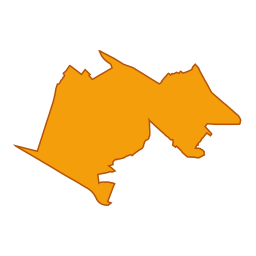 Xaloztoc, Tlaxcala, Mexico
{"feature_id": "50627088B11287751842327", "entity_name": "Xaloztoc", "entity_type": "district", "adm_level": 2, "iso_a3": "MEX", "parent_name": "Mexico", "parent_adm1": "Tlaxcala", "projection": "orthographic", "projection_center": [-98.026, 19.412], "detail": "fine", "context": "isolated", "style": "filled", "palette": "amber", "viewbox_px": 256, "rotation_deg": 0, "n_neighbors": 0, "source": "geoboundaries", "source_scale": "gbopen_adm2", "svg_char_len": 5629}
<svg xmlns="http://www.w3.org/2000/svg" viewBox="0 0 256 256"><path d="M15.4,145.7L15.8,146.1L26.0,152.1L27.7,153.0L29.4,154.0L30.9,154.9L32.9,156.1L34.0,156.7L38.5,159.4L39.3,159.8L41.8,161.4L45.6,163.6L49.7,166.0L52.9,167.9L56.0,169.8L62.5,173.7L65.7,175.6L68.8,177.3L69.0,177.5L71.5,178.9L79.2,183.3L82.0,185.1L84.9,186.8L85.9,187.4L87.1,188.0L88.0,188.6L89.8,189.9L90.5,190.5L91.5,191.4L92.3,192.2L93.0,193.0L93.4,193.5L93.9,194.1L95.3,196.4L95.6,197.0L96.1,197.9L96.4,198.7L97.2,200.1L97.5,200.5L97.8,201.0L98.5,201.8L99.0,202.2L99.6,202.7L100.1,203.1L100.6,203.4L101.4,203.9L101.9,204.1L102.4,204.3L103.1,204.6L104.1,204.8L104.5,204.9L105.2,205.0L105.9,205.1L106.8,205.1L108.1,205.1L108.4,205.1L108.5,204.9L108.6,204.7L108.9,204.5L109.1,204.4L109.6,204.1L109.8,204.0L110.1,203.8L110.3,203.6L110.6,203.3L110.9,203.1L111.0,203.0L111.1,202.9L109.0,202.2L108.2,201.9L107.6,201.6L108.4,199.7L108.7,198.8L109.2,197.8L109.9,195.7L110.8,193.3L112.4,189.1L112.8,188.0L113.5,186.2L113.8,185.5L114.2,184.7L114.6,184.1L114.7,183.8L114.7,183.6L114.2,183.5L113.9,183.4L113.2,183.2L112.9,183.0L112.5,182.9L112.2,183.0L111.9,183.0L111.5,182.8L111.2,182.6L110.8,182.5L110.0,182.6L109.7,182.4L109.3,182.3L108.8,182.2L108.1,182.1L107.4,182.1L107.1,182.0L106.0,182.1L105.5,182.1L104.2,182.1L102.5,182.1L102.1,182.1L101.3,182.2L100.8,182.3L99.2,182.8L98.9,183.1L98.7,181.4L98.5,179.8L98.1,177.1L98.0,175.9L97.9,175.5L97.9,175.1L97.8,174.5L98.8,174.3L99.4,174.2L100.7,173.8L102.0,173.6L103.7,173.3L104.4,173.1L105.0,173.1L106.0,172.9L107.3,172.5L107.8,172.4L108.2,172.3L108.8,172.2L109.0,172.1L109.9,171.5L110.0,171.5L111.8,172.0L112.0,172.1L112.7,171.8L113.3,171.6L115.0,171.0L114.6,170.6L113.4,169.5L112.9,169.1L112.3,168.5L111.2,167.6L110.7,167.3L108.7,165.9L112.5,164.7L113.0,164.6L113.1,164.4L112.9,163.9L112.8,163.4L112.8,163.2L113.0,162.1L113.1,161.8L113.2,161.5L114.5,160.3L116.0,159.2L116.2,159.5L116.4,159.7L118.5,159.1L120.6,158.7L123.0,158.1L123.4,157.9L124.7,157.6L124.8,157.3L125.6,156.7L125.9,156.5L126.6,156.2L127.6,155.8L127.9,155.7L128.5,155.5L129.2,155.2L129.4,155.1L129.6,154.9L130.3,154.8L130.6,154.8L130.8,154.9L131.1,155.0L131.3,155.0L132.0,155.6L132.4,155.5L133.0,154.9L133.5,154.3L134.4,153.6L134.9,153.2L137.5,151.2L137.5,151.3L139.5,149.9L140.2,149.4L140.9,149.1L141.5,148.9L141.7,148.7L141.9,148.5L142.4,148.0L142.8,147.4L143.2,146.6L143.4,146.2L143.5,145.9L143.6,145.5L143.6,145.1L143.6,144.8L144.4,142.8L144.5,142.3L145.1,141.2L145.5,140.7L145.8,140.4L146.1,140.2L146.9,139.9L147.5,139.6L148.2,139.1L148.4,138.9L148.6,138.7L148.9,137.7L149.0,137.3L149.0,137.0L149.1,136.7L149.4,136.2L149.7,135.7L149.8,131.7L149.6,128.3L149.5,124.3L149.4,122.8L149.4,121.6L149.2,120.0L149.8,120.8L154.3,124.9L156.3,126.8L157.7,128.0L157.9,128.3L159.7,129.8L161.3,131.4L161.5,131.4L163.1,132.9L163.4,133.1L164.9,134.5L165.2,135.0L166.6,136.1L167.2,136.6L168.6,137.5L168.8,137.9L170.6,139.8L171.3,139.8L172.8,139.6L173.1,142.3L172.8,144.7L172.7,145.1L175.5,147.2L176.5,146.2L177.2,146.8L177.7,147.3L178.6,148.2L179.4,149.0L180.4,150.0L181.2,150.8L182.0,151.9L182.9,153.0L187.4,156.9L193.6,157.2L198.7,157.9L204.4,154.9L204.4,154.4L204.2,153.9L204.1,153.6L204.0,153.4L204.1,152.8L204.1,152.5L204.2,152.3L204.2,152.1L204.2,151.9L204.1,151.6L203.9,151.3L203.4,151.0L203.2,150.7L203.0,150.4L202.7,150.1L202.4,149.9L202.2,149.8L201.6,149.6L201.4,149.5L201.1,149.3L200.9,149.1L200.7,148.9L200.5,148.7L200.4,148.6L199.8,148.5L199.4,148.5L199.2,148.4L198.4,148.2L198.1,148.2L197.7,148.2L197.1,148.2L196.3,148.3L195.6,148.2L195.4,148.2L195.7,147.4L196.6,145.5L197.1,145.0L197.4,145.2L197.7,145.2L197.9,145.2L198.0,145.2L198.2,144.8L198.1,144.7L197.7,144.1L198.0,143.9L198.7,142.8L199.2,142.4L199.6,142.0L200.0,141.7L200.9,140.7L201.2,140.0L201.2,139.6L201.8,138.9L202.7,137.9L204.8,135.4L206.8,133.0L207.9,133.9L208.5,134.2L210.4,135.7L211.3,134.5L211.7,133.8L205.1,126.6L205.4,126.3L205.6,126.0L207.3,123.7L212.3,124.1L213.8,124.2L214.4,124.3L217.8,124.3L225.9,124.3L235.9,124.3L238.6,124.2L239.4,124.2L239.5,124.1L239.8,123.9L239.9,123.6L240.1,122.9L240.2,122.4L240.5,120.7L240.6,120.4L240.6,120.2L240.3,119.0L239.6,117.7L238.5,115.9L236.8,114.4L233.5,111.5L233.4,111.4L233.3,111.2L230.5,108.9L226.8,105.6L223.0,102.4L219.3,99.2L215.6,96.0L211.6,92.5L209.5,88.8L208.2,86.2L207.1,84.2L204.4,79.5L201.9,74.8L200.0,71.4L198.6,68.1L195.2,64.2L192.7,67.0L191.7,69.8L191.4,69.9L191.1,69.9L188.4,71.2L183.2,73.1L180.6,71.3L178.8,73.4L176.4,72.3L174.0,73.8L172.0,73.6L170.8,75.0L168.6,73.4L167.8,73.9L165.9,76.2L163.7,78.6L161.7,81.2L161.9,81.5L160.6,83.0L159.7,83.7L159.5,83.9L157.0,82.5L148.0,77.0L145.7,75.5L140.2,72.1L137.8,70.7L136.9,70.1L135.7,69.4L133.6,68.0L133.0,67.8L132.5,67.5L131.4,67.1L127.1,65.6L123.9,64.4L122.8,63.9L119.9,62.0L116.9,60.2L115.5,59.3L114.0,58.4L110.7,56.7L109.7,56.2L108.9,55.7L105.2,53.8L102.4,52.4L100.1,51.0L99.6,50.9L99.3,50.9L100.5,53.5L101.7,56.0L101.9,56.2L103.0,57.8L104.3,59.2L105.4,60.3L106.3,61.0L107.2,61.7L110.9,64.4L111.3,65.8L111.8,67.2L111.9,67.3L111.9,67.5L111.9,68.1L111.7,68.1L108.4,70.0L102.5,73.5L99.8,75.0L95.5,77.6L92.4,79.4L89.0,75.7L89.3,75.1L90.1,74.5L85.1,69.6L81.5,74.4L70.8,66.2L69.7,65.6L68.6,67.1L66.6,70.1L65.5,71.4L64.4,72.3L63.6,73.0L63.3,73.3L63.8,74.2L64.0,74.4L64.2,75.0L64.3,75.5L64.4,76.1L64.2,76.5L63.7,76.8L63.3,77.1L63.0,77.6L62.7,78.1L62.6,78.8L61.9,79.5L61.4,79.9L61.1,80.2L60.8,80.6L60.7,81.0L60.5,81.4L60.3,81.9L59.8,82.7L59.5,83.3L59.1,83.7L58.7,84.0L58.2,84.1L57.7,84.0L57.4,84.1L55.8,89.2L55.0,94.3L53.3,101.4L51.2,108.0L49.1,114.7L46.7,121.9L42.0,136.7L39.6,144.1L37.7,150.1L37.3,151.2L29.0,149.2L15.4,145.7Z" fill="#f59e0b" stroke="#b45309" stroke-width="1.5"/></svg>